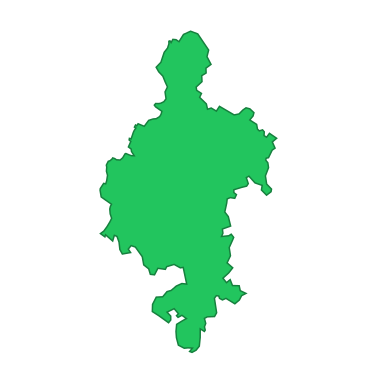 Chirakchi, Kashkadarya, Uzbekistan, rotated 302°
{"feature_id": "79887680B89374870504997", "entity_name": "Chirakchi", "entity_type": "district", "adm_level": 2, "iso_a3": "UZB", "parent_name": "Uzbekistan", "parent_adm1": "Kashkadarya", "projection": "albers", "projection_center": [66.298, 39.115], "detail": "fine", "context": "isolated", "style": "filled", "palette": "green", "viewbox_px": 384, "rotation_deg": 302, "n_neighbors": 0, "source": "geoboundaries", "source_scale": "gbopen_adm2", "svg_char_len": 3050}
<svg xmlns="http://www.w3.org/2000/svg" viewBox="0 0 384 384"><g transform="rotate(302 192 192)"><path d="M108.2,136.4L107.8,141.9L109.9,141.4L108.4,150.7L114.1,149.1L114.6,151.9L110.8,156.7L105.0,161.3L102.5,165.8L108.1,172.0L109.8,168.2L114.3,168.8L115.3,173.2L110.8,184.1L104.6,189.7L103.9,196.0L100.1,200.3L101.9,204.1L109.2,203.5L112.3,210.4L115.3,210.1L121.1,215.2L121.5,222.3L123.4,224.5L111.1,236.3L109.0,231.9L103.9,228.5L97.5,226.5L94.3,223.6L87.6,222.7L83.9,217.4L75.8,218.1L69.6,221.7L69.5,229.7L68.7,241.4L72.2,241.8L75.5,239.7L76.9,234.5L83.6,238.7L81.6,245.0L78.9,244.4L78.3,246.6L82.1,248.8L81.7,254.3L76.9,251.7L71.6,249.1L65.3,252.3L60.2,256.0L54.9,261.6L55.4,268.2L57.8,271.3L59.8,275.1L55.5,274.5L56.0,277.0L60.0,279.3L65.1,279.9L73.0,276.0L80.3,271.5L80.3,276.4L81.9,276.4L84.3,274.0L87.8,273.3L91.4,269.5L94.3,271.2L98.3,277.1L102.6,276.9L113.8,267.3L117.0,267.6L118.0,269.8L116.4,271.7L116.6,275.0L119.8,277.2L119.9,287.6L125.5,289.4L130.4,289.0L134.6,291.5L133.9,285.2L137.5,281.7L134.1,275.9L137.9,270.8L133.4,269.3L135.3,263.9L142.8,266.0L149.3,266.7L150.5,259.3L158.3,258.4L164.6,253.0L172.7,251.9L175.6,251.4L177.0,247.6L174.4,246.4L169.9,240.6L173.4,240.1L176.7,237.4L183.6,242.8L190.4,235.8L192.4,230.4L201.0,227.3L204.8,225.5L207.5,227.4L209.3,231.6L213.3,231.1L213.7,227.8L216.1,226.3L222.2,231.6L225.9,235.2L228.9,235.3L233.0,230.4L235.6,231.9L233.1,240.6L234.8,248.0L230.5,249.8L228.8,256.9L234.1,258.9L236.6,257.9L238.3,251.1L244.6,245.7L253.2,244.0L257.0,240.8L258.1,237.6L260.0,237.0L261.6,238.7L270.0,237.8L273.2,239.2L277.0,233.6L282.4,235.3L282.8,226.6L278.0,226.2L278.0,223.2L281.3,221.4L282.1,218.9L279.5,216.7L280.0,214.2L283.6,211.0L283.7,202.8L288.8,203.5L292.1,202.5L293.2,197.0L292.0,193.2L288.5,191.7L283.1,190.5L279.7,186.9L279.2,169.9L273.5,169.8L273.4,163.8L270.4,161.3L274.3,157.5L276.3,148.3L280.6,147.8L280.7,142.1L283.2,139.9L290.9,142.0L295.8,138.6L300.4,140.9L304.4,138.2L310.3,140.5L314.7,133.0L321.2,130.9L329.1,113.1L327.6,105.6L321.1,101.3L312.6,101.3L312.7,97.7L311.3,94.9L307.6,95.1L308.5,93.2L307.6,92.5L305.4,93.9L301.1,95.0L295.8,94.4L291.2,95.5L285.5,96.9L278.8,95.5L276.3,100.1L274.8,105.9L271.3,110.7L268.1,115.5L262.6,116.1L260.9,117.5L257.3,120.6L253.7,120.3L250.8,118.5L249.4,117.0L247.8,114.3L245.7,114.0L244.9,116.0L244.6,121.6L244.5,123.7L241.4,124.6L238.8,124.6L235.2,122.8L233.3,120.3L229.8,117.3L222.4,116.7L221.3,110.1L218.9,110.0L218.9,108.6L216.5,108.8L216.5,110.5L213.6,110.4L211.7,110.6L207.1,111.7L204.7,112.2L204.3,110.5L202.8,111.1L202.5,113.3L196.5,114.2L196.2,117.6L194.3,119.2L192.1,123.8L190.7,121.4L190.2,119.2L189.6,115.5L188.9,115.0L184.3,115.1L182.6,114.6L181.0,114.1L180.5,113.1L179.3,110.9L179.4,108.7L178.9,106.7L177.7,106.7L175.1,105.9L173.7,104.7L169.4,105.1L167.9,106.5L164.3,108.4L161.4,111.5L156.5,113.6L153.2,114.5L152.5,112.5L146.3,112.4L144.8,113.1L139.7,117.6L139.4,122.4L139.0,130.2L136.6,130.4L134.0,131.3L130.1,134.2L127.1,137.8L123.3,138.2L117.6,138.3L112.1,137.9L108.2,136.4Z" fill="#22c55e" stroke="#15803d" stroke-width="1.5"/></g></svg>